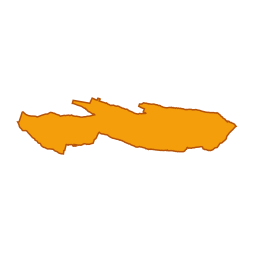 Contla de Juan Cuamatzi, Tlaxcala, Mexico, rotated 164°
{"feature_id": "50627088B55272636333464", "entity_name": "Contla de Juan Cuamatzi", "entity_type": "district", "adm_level": 2, "iso_a3": "MEX", "parent_name": "Mexico", "parent_adm1": "Tlaxcala", "projection": "mercator", "projection_center": [-98.137, 19.32], "detail": "fine", "context": "isolated", "style": "filled", "palette": "amber", "viewbox_px": 256, "rotation_deg": 164, "n_neighbors": 0, "source": "geoboundaries", "source_scale": "gbopen_adm2", "svg_char_len": 5870}
<svg xmlns="http://www.w3.org/2000/svg" viewBox="0 0 256 256"><g transform="rotate(164 128 128)"><path d="M33.0,110.4L33.9,111.3L34.4,112.7L35.3,113.6L35.8,115.0L36.6,116.0L37.2,117.2L37.7,117.5L38.2,118.1L38.6,117.9L39.3,118.3L40.4,118.5L41.2,119.1L45.0,120.2L45.9,120.7L47.2,121.1L49.1,121.9L51.1,123.1L52.4,123.8L54.3,125.2L56.3,126.1L57.1,126.7L58.0,127.1L59.2,127.2L60.0,127.5L60.8,127.6L61.4,127.9L61.9,128.4L63.9,129.0L65.1,129.3L65.9,129.3L66.4,129.6L67.0,129.6L67.1,129.8L67.8,129.9L68.7,130.4L69.6,131.2L70.5,131.5L71.0,131.8L71.6,132.0L71.9,132.4L72.4,132.4L73.3,132.7L73.9,133.2L74.1,133.2L74.8,133.1L75.3,133.7L76.2,134.1L76.8,134.1L77.0,133.9L77.9,134.6L78.9,134.8L79.1,135.3L80.2,135.3L80.7,136.0L81.8,136.0L82.6,136.4L84.9,136.6L86.6,137.3L88.5,138.3L89.5,139.2L90.2,139.6L90.9,140.6L91.3,140.9L92.5,141.2L93.5,142.2L95.0,142.8L95.9,143.5L97.0,144.0L99.0,144.4L101.0,145.4L101.5,145.4L102.1,146.0L102.8,146.2L103.4,146.7L104.7,147.1L106.0,147.9L107.4,147.5L107.7,147.3L108.3,147.3L109.0,147.4L110.3,147.9L111.7,145.9L111.4,145.6L110.6,145.1L110.5,144.7L109.9,144.1L109.5,144.1L109.3,143.7L108.2,142.8L107.3,142.3L106.9,141.9L108.9,139.4L108.9,138.9L107.2,138.0L106.9,137.6L106.9,137.2L107.5,137.2L108.6,137.6L109.1,137.6L109.7,137.8L111.2,138.0L112.8,138.8L113.3,138.8L113.9,138.5L114.5,138.6L117.6,140.3L119.4,142.1L122.8,144.8L123.1,145.6L123.5,146.1L124.2,146.5L125.3,146.7L126.7,148.0L128.4,148.9L129.2,149.9L129.9,150.2L130.8,151.3L131.7,151.8L132.1,151.9L132.4,152.2L133.1,152.1L133.4,152.2L135.1,153.4L135.4,153.9L136.5,154.0L137.2,154.4L138.1,154.3L138.4,154.4L140.0,156.0L140.9,156.6L141.1,157.2L141.8,158.0L142.2,157.8L142.5,157.8L142.9,158.3L143.3,158.6L145.2,159.9L145.5,159.9L146.0,160.4L147.2,161.2L147.4,161.4L148.0,161.7L148.3,162.0L146.8,163.5L147.9,164.5L148.2,164.2L148.9,164.8L150.1,163.3L151.9,164.5L152.2,164.7L152.1,164.9L152.2,165.0L154.2,166.6L157.9,162.3L173.1,169.7L174.7,167.0L174.1,166.8L173.3,166.3L171.4,164.9L170.3,164.0L167.2,162.0L166.0,160.9L165.3,159.9L164.3,158.9L163.6,158.7L163.4,158.4L163.5,157.8L163.1,157.3L162.7,157.2L162.6,156.7L162.3,156.2L162.1,155.5L161.8,155.3L161.2,154.4L160.7,154.3L158.2,151.3L157.8,151.0L157.1,151.0L156.5,150.2L156.4,149.9L161.3,150.0L162.2,150.1L163.6,150.5L165.6,150.5L166.8,150.8L168.0,151.0L168.9,151.0L170.5,151.5L171.4,152.1L173.1,152.9L174.1,153.5L175.3,153.7L176.9,154.5L178.1,155.3L178.5,156.0L180.6,156.0L180.9,156.4L181.7,156.8L182.7,156.9L183.6,157.1L184.9,157.2L185.7,157.7L186.4,157.8L189.8,158.0L190.6,159.3L192.3,160.4L193.4,161.1L194.6,162.4L195.2,162.5L196.6,163.6L198.0,164.3L198.8,164.3L201.4,163.6L203.5,164.1L207.6,164.0L209.9,163.8L210.7,163.7L212.3,163.6L213.1,164.4L213.8,164.8L215.7,165.5L217.7,166.1L220.2,167.3L222.4,169.1L223.7,171.0L224.3,172.2L224.6,172.4L225.2,172.4L225.6,172.0L227.8,168.6L230.8,164.3L231.4,163.9L232.4,164.2L232.0,162.3L231.9,160.8L232.0,159.5L231.9,158.8L231.6,158.0L230.9,156.9L230.5,156.0L230.3,155.1L230.1,154.7L229.5,154.4L227.1,153.7L226.5,153.4L226.0,152.8L225.4,151.2L223.6,147.7L222.5,145.2L220.7,143.3L220.7,142.0L219.0,140.4L218.8,140.0L218.7,139.0L218.5,138.6L217.8,137.9L216.9,137.6L216.7,137.3L216.3,136.2L216.3,135.3L216.2,134.9L214.6,132.8L214.3,132.6L213.1,132.0L212.1,130.9L210.8,129.9L210.5,129.9L209.5,129.7L205.9,128.2L205.5,127.7L205.3,127.2L204.6,126.2L202.6,124.7L201.7,123.4L201.3,123.0L200.7,122.5L199.0,121.5L198.2,121.3L197.3,120.8L197.1,120.9L197.2,121.4L196.7,122.0L196.2,123.1L195.9,124.0L195.0,123.9L192.0,129.1L191.7,129.1L191.3,129.0L190.5,128.1L190.1,128.0L189.7,128.4L188.7,128.0L187.0,127.7L186.5,127.5L186.1,127.1L185.8,125.8L185.5,125.6L184.3,125.4L183.6,125.1L183.2,125.1L183.4,125.3L184.2,125.6L184.4,125.8L184.5,126.1L184.2,126.6L184.5,127.0L184.4,127.1L183.6,126.6L182.8,126.4L180.7,125.2L179.7,125.1L177.9,124.4L177.7,124.5L176.0,124.6L175.4,125.0L174.9,124.8L174.4,124.8L174.1,124.9L172.8,124.2L172.2,123.6L171.2,123.6L170.2,123.1L169.6,123.0L167.5,123.1L166.2,123.0L165.7,123.0L163.7,126.0L163.2,126.3L162.1,126.5L161.9,126.6L160.6,128.0L159.2,129.7L157.7,131.3L156.8,131.8L156.1,130.5L154.8,129.5L153.3,129.0L152.0,128.1L150.0,127.2L149.6,126.9L148.6,125.4L147.6,124.2L145.5,122.4L144.2,121.8L141.9,120.3L140.5,119.7L140.3,119.4L139.5,119.0L139.2,118.5L138.6,118.5L137.9,117.8L136.9,117.4L136.5,116.7L136.0,116.4L135.7,116.1L135.2,115.7L135.0,115.2L133.7,114.3L133.4,113.9L133.0,113.7L132.2,113.1L131.7,112.5L131.3,112.3L130.8,112.3L130.3,111.8L130.1,111.4L129.5,110.8L126.8,108.8L126.5,108.4L126.0,107.8L124.5,107.1L123.2,106.9L122.1,107.0L121.4,106.4L120.4,106.1L119.2,105.2L117.1,104.1L116.8,103.3L115.8,103.0L115.2,102.4L114.6,102.2L114.3,101.7L113.7,101.8L112.7,101.5L112.2,101.5L112.0,101.2L111.0,101.1L110.8,100.8L110.5,100.7L109.6,100.5L109.5,100.3L109.3,100.2L108.0,99.7L107.4,99.3L107.1,99.3L106.1,98.8L105.4,98.6L102.4,97.3L101.8,97.3L100.2,96.6L97.6,96.1L97.0,95.6L96.7,95.6L96.3,95.9L96.0,95.4L95.7,95.1L94.6,94.9L94.1,94.6L93.6,94.5L93.1,94.5L92.6,94.4L91.9,93.9L91.0,93.8L90.4,93.2L89.6,93.0L89.1,92.6L88.7,92.4L87.7,92.1L86.7,91.5L86.0,91.5L85.2,91.1L82.1,90.2L80.9,90.0L79.9,90.3L78.4,91.4L77.7,91.5L77.4,91.7L76.6,92.9L76.1,92.9L75.7,92.1L75.1,91.8L74.2,91.8L72.8,91.1L71.7,91.2L69.4,90.7L69.0,90.8L67.8,90.7L64.8,90.1L63.1,90.0L61.9,89.4L61.5,89.0L61.6,87.6L61.5,87.2L60.7,86.8L60.6,86.5L60.3,86.2L59.0,85.8L58.5,85.6L58.1,85.1L56.9,84.2L56.4,84.3L55.2,83.6L54.6,83.7L53.9,83.6L52.3,83.8L50.3,84.8L49.6,84.9L47.6,84.7L43.8,87.9L43.5,88.0L42.0,87.8L37.1,90.1L36.4,90.8L35.4,92.7L32.0,95.3L30.4,96.2L27.2,97.9L25.1,99.3L23.6,99.8L23.8,100.1L24.5,101.9L25.1,102.9L26.8,104.2L27.3,104.9L28.2,105.1L28.7,105.7L28.8,106.0L29.0,106.0L29.3,106.2L29.3,106.3L29.0,106.4L29.2,106.7L29.9,106.9L30.5,107.3L30.8,107.2L31.0,106.8L31.4,107.7L32.0,108.3L32.1,108.6L32.0,109.0L32.3,109.3L32.3,109.7L32.8,110.0L33.0,110.4Z" fill="#f59e0b" stroke="#b45309" stroke-width="1.5"/></g></svg>